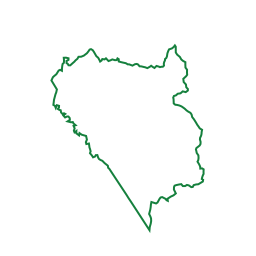 Mallet, Paraná, Brazil, rotated 196°
{"feature_id": "56859067B70608233597047", "entity_name": "Mallet", "entity_type": "district", "adm_level": 2, "iso_a3": "BRA", "parent_name": "Brazil", "parent_adm1": "Paraná", "projection": "orthographic", "projection_center": [-50.854, -25.87], "detail": "fine", "context": "isolated", "style": "outline", "palette": "green", "viewbox_px": 256, "rotation_deg": 196, "n_neighbors": 0, "source": "geoboundaries", "source_scale": "gbopen_adm2", "svg_char_len": 3242}
<svg xmlns="http://www.w3.org/2000/svg" viewBox="0 0 256 256"><g transform="rotate(196 128 128)"><path d="M87.3,163.7L89.0,163.4L90.8,164.2L92.2,168.4L92.9,169.6L92.7,171.4L90.8,172.7L89.7,174.6L87.1,175.8L85.5,178.3L82.4,178.4L80.8,180.5L81.2,182.0L83.2,183.2L84.3,185.8L87.1,187.5L88.4,190.5L86.4,193.8L85.8,195.5L86.5,197.3L87.3,200.3L89.4,201.9L90.4,204.9L91.0,207.1L93.7,207.7L95.7,208.6L97.7,210.6L101.0,212.1L102.9,213.8L104.5,219.3L105.7,220.3L106.4,218.5L107.7,216.6L110.2,214.9L110.5,213.3L110.7,210.7L110.3,207.5L110.5,205.8L111.4,204.5L111.1,203.1L111.4,201.4L111.3,199.6L110.6,197.9L111.4,196.5L112.7,196.1L114.1,195.3L115.3,195.5L117.7,195.5L119.1,193.0L121.0,193.5L122.9,194.2L123.8,193.0L124.9,191.9L125.9,190.9L128.3,191.1L129.7,191.0L132.2,190.9L133.9,190.5L135.8,191.8L137.2,192.0L138.8,191.3L140.9,189.2L143.1,189.4L144.5,189.5L145.7,189.1L148.0,189.7L150.8,189.5L152.9,189.4L155.2,189.4L155.9,191.6L157.3,192.0L157.6,190.2L159.2,189.6L162.0,189.6L163.4,188.3L165.2,187.0L168.4,188.9L169.4,187.5L171.7,187.2L172.0,185.6L173.1,184.2L174.3,185.6L176.0,187.3L178.2,188.3L181.8,191.8L183.4,193.1L185.3,193.6L186.5,192.8L187.2,190.7L188.1,188.5L189.3,186.9L190.4,185.4L192.7,183.6L195.2,182.8L195.7,180.6L197.2,178.4L197.8,177.0L198.8,175.5L200.8,172.3L202.5,171.9L203.5,173.0L204.9,173.4L205.6,175.5L204.0,177.1L204.4,178.6L207.0,178.5L209.1,177.8L208.1,175.2L207.6,173.0L208.5,171.5L208.3,169.5L207.9,167.1L207.3,164.8L209.3,165.2L210.5,164.1L211.7,159.9L213.3,157.6L214.2,156.1L214.7,152.6L207.0,145.5L206.8,142.4L207.0,140.5L206.9,134.7L206.5,132.3L206.1,129.6L204.4,129.2L203.0,127.4L202.7,130.3L200.4,130.3L200.0,128.7L200.7,127.0L199.1,126.5L197.6,126.5L196.6,124.5L194.8,123.4L193.6,124.5L192.2,124.2L193.6,122.2L191.4,120.8L189.7,122.3L188.4,122.6L186.8,121.5L186.1,119.8L187.9,117.7L184.3,117.8L182.7,118.5L181.6,117.3L179.1,116.2L180.9,115.0L179.2,113.0L179.3,110.5L178.2,109.1L176.8,110.9L176.2,108.6L174.7,108.1L173.0,107.4L173.2,109.7L170.7,108.8L168.4,108.8L166.1,108.8L164.3,105.5L164.6,102.8L163.6,101.1L161.3,102.3L160.5,100.6L159.7,98.7L158.7,97.3L157.5,95.3L157.6,93.3L155.2,91.7L153.5,90.2L151.8,91.5L151.5,93.0L150.0,93.5L148.5,91.3L147.3,90.2L145.7,89.7L143.6,89.4L140.8,87.8L137.0,86.2L136.1,84.3L134.7,83.6L129.0,78.7L111.1,63.4L108.0,60.6L104.9,58.0L79.2,35.7L79.8,38.9L79.8,42.3L80.1,45.0L80.9,47.4L82.1,49.1L84.0,51.2L84.1,55.7L84.4,58.2L84.9,60.9L85.1,63.3L80.2,63.2L79.1,64.5L78.1,68.8L77.5,70.2L76.1,71.0L72.6,70.3L71.0,69.2L69.7,69.0L70.5,70.9L69.1,72.5L68.0,73.8L65.7,75.8L64.0,78.3L66.9,81.5L67.5,83.9L67.3,85.4L65.9,86.4L63.3,87.8L61.3,88.7L59.3,87.3L57.1,87.9L55.7,89.5L53.7,89.6L50.9,88.6L49.5,89.2L49.1,91.2L47.0,92.5L44.9,93.3L43.7,94.6L41.3,97.2L41.5,98.9L43.0,99.3L43.1,100.9L43.0,103.0L42.7,104.7L43.4,107.0L43.9,109.1L45.6,109.6L47.3,108.9L48.0,110.8L49.6,112.7L51.9,114.8L51.6,116.4L51.9,118.6L52.8,121.1L55.1,123.0L55.9,124.6L56.8,126.1L56.7,127.6L55.6,129.1L54.3,130.9L53.9,132.6L54.4,134.7L55.7,136.8L56.0,138.3L55.6,140.8L55.7,142.6L56.1,144.4L56.3,146.7L58.9,147.4L60.4,148.7L62.2,150.1L64.4,152.2L67.2,154.7L69.3,156.2L70.6,158.5L72.2,159.8L74.8,160.4L76.7,161.1L78.8,162.2L80.7,162.9L82.5,163.5L84.9,163.8L87.3,163.7Z" fill="none" stroke="#15803d" stroke-width="2"/></g></svg>